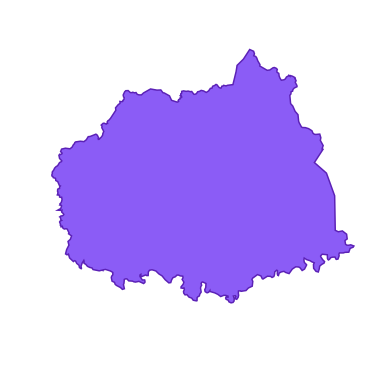 the district of Adansi Akrofuom, Ashanti, Ghana, rotated 342°
{"feature_id": "2480657B88279606337785", "entity_name": "Adansi Akrofuom", "entity_type": "district", "adm_level": 2, "iso_a3": "GHA", "parent_name": "Ghana", "parent_adm1": "Ashanti", "projection": "mercator", "projection_center": [-1.679, 6.031], "detail": "fine", "context": "isolated", "style": "filled", "palette": "violet", "viewbox_px": 384, "rotation_deg": 342, "n_neighbors": 0, "source": "geoboundaries", "source_scale": "gbopen_adm2", "svg_char_len": 5956}
<svg xmlns="http://www.w3.org/2000/svg" viewBox="0 0 384 384"><g transform="rotate(342 192 192)"><path d="M213.3,93.1L212.7,94.8L211.7,95.1L211.2,96.4L210.5,96.8L210.9,97.4L211.5,97.0L211.6,98.5L210.6,98.7L210.2,99.2L209.6,99.0L209.2,99.9L207.9,100.0L207.1,100.8L207.2,101.7L206.2,102.0L205.5,101.8L200.9,98.5L200.3,93.6L196.2,89.2L195.1,88.7L193.9,85.3L190.2,84.3L184.4,81.2L176.5,82.8L174.0,84.0L171.5,83.2L170.1,82.2L169.5,80.1L167.9,79.9L166.5,78.8L165.8,79.0L164.1,78.4L162.6,75.8L160.3,75.2L158.9,75.9L156.5,78.5L156.3,80.5L156.7,81.2L155.9,82.9L154.6,83.5L154.6,84.0L153.4,84.5L151.4,83.6L151.1,85.1L150.7,85.6L149.0,86.0L145.3,88.3L144.8,90.7L137.2,96.8L134.9,98.1L134.1,98.2L133.0,99.1L132.9,100.7L132.1,100.5L131.4,100.9L129.7,99.4L128.7,99.2L126.3,100.3L126.8,101.6L126.1,103.0L126.8,107.1L125.1,109.1L124.6,110.3L123.0,111.6L119.9,113.2L119.2,113.0L119.2,112.3L119.9,111.6L119.5,108.7L118.5,107.3L112.3,107.7L110.4,107.3L107.7,109.6L104.8,110.7L101.5,109.2L96.8,108.4L95.9,108.7L95.1,109.7L93.9,110.3L91.8,112.3L89.3,113.2L85.1,111.2L81.2,110.9L79.5,113.0L80.4,114.6L80.2,115.4L78.4,115.8L77.9,115.2L76.8,115.9L76.4,119.2L77.8,122.1L77.3,122.7L75.1,123.1L72.3,125.5L70.7,125.8L68.6,126.9L67.6,128.1L65.2,129.9L65.0,131.0L64.2,132.0L63.7,133.4L64.4,134.3L64.5,135.5L66.4,136.8L66.0,139.0L67.5,140.6L67.9,144.8L68.7,145.6L67.6,146.3L67.1,147.7L65.5,147.7L65.1,147.9L64.3,149.8L64.5,150.7L63.9,151.7L63.9,152.4L63.0,153.1L63.7,153.6L64.5,153.7L64.9,154.3L64.5,155.9L65.1,156.4L66.4,156.7L66.0,159.2L64.4,161.6L62.8,162.4L62.9,162.9L62.2,163.5L63.6,164.3L63.7,164.9L61.8,167.5L61.1,167.3L58.6,167.8L61.8,169.0L62.0,169.7L62.5,169.5L61.9,170.9L63.0,172.9L63.1,173.9L61.7,174.6L59.9,174.3L58.5,174.8L59.0,175.4L58.7,178.1L59.2,178.7L57.6,178.9L56.8,179.6L57.0,182.3L56.5,182.7L56.8,183.2L56.7,184.0L57.2,184.3L57.0,184.6L58.1,184.6L57.9,185.9L58.4,187.0L59.2,187.8L60.9,188.0L61.9,188.8L62.4,193.0L61.7,193.6L63.9,196.5L61.7,199.4L58.8,200.7L58.5,204.5L55.0,208.0L52.6,211.8L53.7,213.1L55.3,212.9L55.2,216.9L57.7,221.5L58.9,221.0L59.9,221.7L60.3,224.3L61.9,226.8L61.6,229.1L62.9,230.7L63.3,230.4L63.5,228.4L65.5,225.7L68.0,223.6L68.0,224.4L67.3,226.5L68.6,227.9L69.6,230.4L71.5,232.2L73.4,233.3L73.9,235.2L79.4,238.3L82.8,238.6L83.1,239.2L83.7,238.6L85.8,238.9L90.0,241.9L91.8,244.0L91.1,246.3L89.6,247.2L88.8,248.4L88.4,252.1L90.4,254.0L90.4,256.1L91.3,257.5L94.4,260.7L95.7,263.1L97.8,263.1L98.2,258.9L99.1,257.8L100.6,254.2L102.2,254.1L103.2,254.5L104.4,257.0L107.9,258.4L108.9,259.4L110.4,260.2L113.9,260.6L117.7,264.1L119.2,263.5L119.7,262.4L119.8,261.0L117.6,260.3L116.4,256.4L116.8,254.9L117.9,254.5L117.5,256.1L117.9,256.9L122.0,256.6L122.5,256.7L123.1,257.5L124.5,257.9L125.8,254.5L127.4,253.3L129.9,253.6L133.2,255.9L135.2,259.7L137.6,262.5L139.4,267.2L141.9,271.3L143.8,271.6L145.6,269.1L147.6,267.5L149.8,267.5L152.1,266.4L153.6,266.9L154.8,268.1L157.2,269.2L156.9,270.9L155.6,272.0L156.4,275.2L155.1,277.0L152.3,278.8L151.9,279.9L153.7,280.8L154.7,280.7L154.7,282.2L153.1,284.1L152.9,285.8L153.6,287.7L155.4,288.0L156.7,291.1L158.9,292.8L159.7,295.3L162.5,296.9L163.2,296.9L164.2,294.1L164.8,293.6L166.9,293.1L167.9,291.5L169.8,290.0L170.4,286.1L171.1,284.7L172.4,283.7L172.4,281.8L173.4,280.9L174.4,280.9L177.0,283.3L175.6,287.0L173.9,288.9L173.7,290.8L175.0,292.4L175.8,292.6L177.0,292.4L178.6,291.2L178.4,292.2L182.5,295.0L185.0,297.4L187.0,300.3L190.4,300.1L192.3,300.8L194.1,302.2L193.7,303.2L192.0,302.4L191.2,303.2L191.3,304.6L193.0,306.1L193.2,307.9L194.9,309.5L196.9,309.7L198.3,308.7L199.2,306.4L199.2,303.7L201.2,304.0L201.5,304.8L200.2,306.3L200.2,307.0L201.4,307.9L203.3,306.5L204.5,304.5L204.7,302.9L205.6,300.5L207.4,300.9L207.9,301.6L212.9,302.4L216.0,300.7L220.2,300.2L222.2,295.8L222.0,293.7L223.0,292.7L228.8,290.8L231.6,293.1L232.0,296.1L232.6,296.7L237.7,295.4L240.6,296.5L241.7,298.0L243.7,297.7L244.8,296.3L246.1,293.5L248.3,292.5L249.0,293.1L247.8,296.2L247.8,297.7L248.4,298.2L249.9,296.0L252.3,295.6L255.0,295.9L256.1,297.4L259.1,299.6L263.6,296.3L267.5,295.2L270.1,296.2L271.2,297.2L272.5,300.7L275.2,300.1L278.4,296.9L278.5,296.5L277.1,293.7L277.4,291.2L278.3,289.5L280.2,291.8L283.4,294.1L284.0,295.1L286.4,297.1L285.1,298.5L284.1,302.2L285.4,305.8L287.4,307.1L289.3,304.4L290.5,302.0L292.9,301.0L295.7,300.4L296.6,299.1L295.4,296.8L294.4,293.1L294.6,292.5L296.6,291.4L301.3,293.5L300.3,297.0L300.4,298.2L300.8,298.8L302.2,298.4L303.5,297.3L305.6,297.4L307.9,298.1L308.1,300.1L308.4,300.7L310.1,300.9L312.2,298.2L312.5,296.5L313.4,295.5L317.0,296.7L318.9,296.7L322.5,297.7L325.0,294.5L328.2,294.3L329.3,293.4L326.7,291.3L324.3,291.0L322.7,290.3L321.9,289.1L322.4,285.7L322.8,285.3L325.1,284.6L326.0,279.9L323.0,275.5L318.8,275.0L316.4,272.7L326.5,239.7L325.7,215.6L317.5,201.8L330.4,191.4L328.7,192.6L329.3,190.8L331.1,188.4L330.0,182.6L331.3,180.2L331.4,176.4L327.5,175.5L326.2,174.9L325.2,173.4L325.0,170.8L322.5,167.8L319.7,165.8L317.0,164.8L316.2,164.0L315.3,159.1L315.3,157.6L316.7,151.2L315.0,147.2L314.4,141.4L313.1,138.4L314.9,130.3L316.3,129.4L317.3,127.2L318.8,127.2L319.7,125.7L321.4,124.7L324.4,124.3L324.7,123.1L324.1,119.8L324.5,119.0L325.3,118.5L325.4,117.7L325.0,117.1L325.3,116.1L324.9,115.6L325.3,115.0L323.4,113.0L321.4,111.6L321.0,112.3L320.0,110.9L319.5,111.4L317.4,111.8L315.7,113.3L314.2,113.7L311.5,113.3L310.9,111.2L310.7,108.8L311.2,106.0L309.9,104.4L310.1,103.1L311.0,101.8L310.7,101.0L310.2,100.2L308.7,99.0L307.4,98.9L303.7,100.0L301.1,99.5L295.4,93.1L296.0,91.8L295.1,87.6L295.0,84.5L294.5,82.8L292.8,81.5L294.1,79.9L294.1,77.2L290.9,74.3L282.0,81.5L274.0,85.5L271.1,91.2L264.1,102.5L258.8,101.5L257.1,101.6L255.0,100.3L254.1,100.8L253.1,100.6L251.8,102.1L251.2,102.0L250.0,100.9L248.8,97.6L248.0,97.1L246.4,97.7L244.3,97.8L243.1,99.4L241.5,99.1L239.0,101.0L236.3,101.7L234.3,99.5L232.1,98.2L230.2,98.6L228.4,98.4L226.6,99.8L225.2,100.0L224.0,99.7L222.8,96.3L221.5,96.1L219.5,94.8L217.6,94.5L215.2,93.2L213.3,93.1Z" fill="#8b5cf6" stroke="#5b21b6" stroke-width="1.5"/></g></svg>